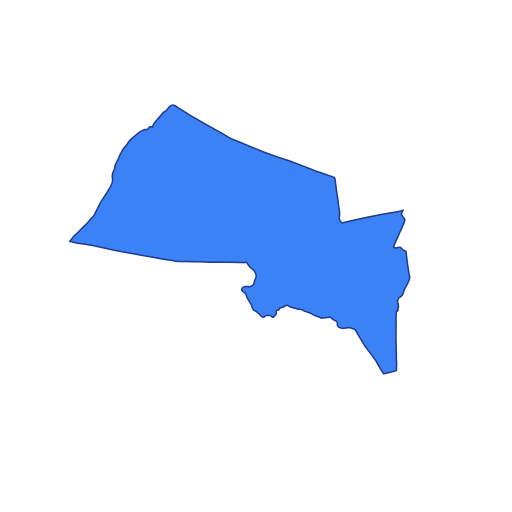 the district of Vinh Hung, Long An, Vietnam, rotated 327°
{"feature_id": "81297802B51272444346298", "entity_name": "Vinh Hung", "entity_type": "district", "adm_level": 2, "iso_a3": "VNM", "parent_name": "Vietnam", "parent_adm1": "Long An", "projection": "orthographic", "projection_center": [105.784, 10.881], "detail": "fine", "context": "isolated", "style": "filled", "palette": "blue", "viewbox_px": 512, "rotation_deg": 327, "n_neighbors": 0, "source": "geoboundaries", "source_scale": "gbopen_adm2", "svg_char_len": 6028}
<svg xmlns="http://www.w3.org/2000/svg" viewBox="0 0 512 512"><g transform="rotate(327 256 256)"><path d="M404.1,297.7L401.9,297.1L399.4,296.1L395.1,294.4L391.7,292.8L388.3,291.4L385.0,289.9L380.1,288.0L373.0,285.1L368.8,283.5L363.8,281.6L357.2,279.1L350.4,276.6L346.5,275.3L346.3,275.1L346.1,274.6L345.9,274.0L345.7,272.8L345.8,271.5L346.1,270.4L346.7,269.0L348.0,267.7L349.2,266.0L350.2,264.3L352.4,259.4L355.3,253.4L359.2,244.9L362.9,237.2L363.9,235.1L364.3,234.2L364.4,233.8L364.4,233.4L364.4,232.9L364.2,232.4L355.2,220.8L353.2,218.4L344.7,206.6L336.1,194.7L327.0,183.5L318.4,172.0L310.5,160.6L302.6,149.1L298.9,143.9L297.3,140.9L295.7,137.4L289.6,125.8L283.4,113.9L277.5,102.5L276.5,100.1L274.9,96.6L272.1,90.9L270.3,86.5L269.5,85.2L268.7,84.3L267.6,83.8L266.9,83.6L266.1,83.6L264.7,83.7L263.5,84.0L261.1,84.9L260.1,85.2L259.2,85.2L258.2,85.1L257.0,85.1L256.0,85.2L254.2,85.8L250.2,87.0L245.8,88.3L242.1,89.5L240.7,90.4L240.0,90.9L239.7,91.2L239.4,91.4L239.1,91.4L238.7,91.1L238.3,90.4L237.9,90.0L237.6,89.9L237.1,89.9L236.5,89.9L235.9,90.1L235.3,90.3L234.8,90.6L234.5,90.7L234.1,90.7L233.5,90.6L232.7,90.0L231.8,89.5L230.5,89.1L226.8,88.7L224.1,88.8L221.4,89.1L217.9,89.6L214.3,90.1L212.0,90.6L210.7,91.1L209.7,91.6L208.9,92.2L207.9,92.5L206.8,92.8L205.2,93.1L204.0,93.5L201.1,94.9L198.4,96.3L197.3,97.0L196.0,97.7L194.6,98.9L193.3,99.6L191.6,100.5L190.1,101.5L188.1,102.7L187.1,103.4L184.5,106.2L182.9,107.2L181.3,108.2L180.2,109.2L179.5,110.0L178.5,111.4L177.8,113.0L176.5,114.9L175.5,116.0L173.3,117.6L170.4,119.3L161.8,123.3L155.5,126.0L151.8,128.2L148.2,130.2L144.6,132.4L142.7,133.5L141.1,134.1L138.8,134.6L132.2,136.5L124.9,138.0L121.5,138.8L117.5,139.6L114.8,140.0L113.2,140.4L111.3,141.1L109.3,141.8L107.9,142.1L108.7,143.3L109.9,144.6L112.2,147.0L116.2,150.6L118.8,152.8L122.9,156.5L125.2,158.7L131.0,164.6L136.8,170.5L142.7,176.4L149.0,182.3L155.4,188.3L161.6,194.2L168.0,200.1L173.8,205.6L179.6,211.0L181.4,212.4L184.1,214.9L185.7,216.6L189.3,219.3L194.4,222.6L203.0,228.5L205.2,229.9L211.8,234.6L213.9,236.1L223.3,242.2L230.0,246.6L234.0,249.3L238.4,252.3L240.2,253.5L242.4,255.0L243.6,255.7L244.2,255.9L244.7,256.0L244.7,258.2L244.7,259.9L244.9,262.0L245.4,263.9L245.8,264.9L246.2,266.1L246.4,266.8L246.5,267.5L246.4,268.4L246.2,269.8L246.0,270.8L245.7,271.8L245.0,273.2L244.2,274.0L242.9,275.0L241.7,275.7L241.0,276.2L240.0,277.3L238.8,278.3L238.2,278.5L237.2,278.7L236.1,278.8L235.2,278.7L234.5,278.5L233.8,278.2L233.1,277.7L232.3,277.1L231.7,276.5L230.9,276.0L229.8,275.6L228.7,275.3L227.8,275.3L226.8,275.5L226.2,275.9L225.7,276.4L225.5,276.6L225.4,277.0L225.5,277.4L225.6,278.0L225.6,278.4L225.7,278.7L225.9,279.1L226.2,279.9L226.4,280.5L226.6,281.0L226.6,282.2L226.5,283.4L225.9,285.6L225.8,286.8L225.7,288.4L225.6,290.3L225.6,291.9L225.6,293.2L225.5,294.5L225.0,296.1L224.7,297.1L224.5,298.0L224.5,298.7L224.5,299.2L224.6,300.1L224.7,300.5L224.9,300.8L225.3,301.5L225.7,302.1L226.0,303.1L226.2,303.5L226.6,304.8L226.8,305.3L227.0,306.0L227.2,306.7L227.3,308.0L227.6,309.2L227.9,310.0L228.3,310.8L228.8,311.4L229.3,311.6L229.5,311.7L230.1,311.6L230.5,311.4L231.2,311.2L231.5,311.3L232.1,311.5L232.8,311.7L233.7,312.3L234.7,312.9L235.2,313.5L235.7,314.0L235.9,314.5L236.3,315.8L236.5,316.3L236.6,316.5L236.8,316.7L237.0,316.7L237.1,316.8L237.6,316.7L238.4,316.5L239.6,316.3L240.8,315.9L241.2,315.8L241.7,315.4L242.1,314.7L242.6,313.7L242.8,313.3L243.1,313.2L243.3,313.1L243.6,313.0L243.9,313.0L244.2,313.1L244.7,313.3L245.2,313.5L245.7,313.6L246.0,313.5L246.4,313.4L247.0,313.0L247.4,312.8L247.8,312.8L248.2,312.9L248.7,313.0L249.4,313.2L249.9,313.2L250.2,313.3L250.7,313.5L251.2,313.7L252.0,313.9L252.4,313.9L252.8,313.9L253.7,313.7L254.2,313.7L254.6,313.9L255.0,314.2L255.5,314.6L255.8,315.1L256.1,315.8L256.6,316.8L257.2,317.7L258.2,318.7L258.7,319.4L259.2,320.1L259.8,320.7L260.5,321.3L260.9,321.9L261.5,322.7L262.3,323.4L263.0,324.0L263.6,324.4L264.4,325.1L265.1,325.9L265.8,327.0L266.3,328.1L266.9,329.0L267.7,329.9L268.6,331.1L269.5,332.4L270.5,333.7L271.2,334.5L271.4,335.0L271.7,335.6L271.9,336.2L272.2,336.9L273.2,338.4L273.9,339.4L274.6,340.3L275.1,340.8L275.5,341.3L276.0,342.1L276.6,343.2L277.3,343.9L277.7,344.2L278.3,344.4L278.8,344.6L279.4,344.9L280.9,345.8L281.8,346.3L282.9,346.7L283.8,347.1L284.5,347.4L284.9,347.9L285.4,349.0L285.9,350.7L286.4,352.0L287.1,353.2L287.7,354.0L288.0,355.0L288.0,355.7L287.7,356.5L287.1,357.3L286.6,358.3L286.5,359.3L286.5,360.1L286.7,360.8L287.6,362.1L288.8,363.5L289.6,364.1L291.0,364.8L293.5,366.0L295.3,366.9L296.6,368.4L298.1,370.3L299.1,371.8L298.8,376.1L298.5,384.9L298.3,391.1L298.8,397.9L299.1,402.0L299.5,409.1L299.4,409.6L298.9,418.1L298.8,421.5L298.8,424.1L298.9,424.4L305.5,426.7L308.0,427.5L310.0,428.2L311.5,428.4L314.2,424.6L317.1,419.8L321.0,413.5L325.0,407.0L329.0,400.6L337.4,387.9L338.2,386.6L338.8,385.8L339.1,385.0L340.5,383.1L341.5,381.7L342.5,380.3L343.0,379.6L343.2,379.3L343.4,379.2L343.7,379.1L344.4,379.1L344.7,379.2L345.0,379.2L345.4,379.1L345.5,378.9L345.6,378.7L345.6,378.4L345.7,378.2L345.8,377.9L346.0,377.7L346.3,377.5L347.0,377.0L347.7,376.3L348.2,375.5L349.0,374.0L349.3,373.1L349.7,371.8L350.2,370.7L350.5,370.4L351.0,370.0L351.7,369.6L352.7,369.1L353.5,368.9L354.2,369.0L355.3,368.9L356.4,368.8L357.2,368.6L357.6,368.4L358.3,368.0L358.9,367.5L359.5,367.0L360.0,366.7L360.7,366.0L361.5,365.4L363.2,364.4L369.8,360.6L371.9,359.1L372.5,358.6L373.0,358.1L373.4,357.3L374.4,354.8L375.4,352.5L377.9,347.0L380.6,341.3L383.1,336.3L383.8,335.0L384.1,334.3L384.1,334.0L384.2,333.7L384.1,333.3L383.8,332.9L383.3,332.3L382.9,331.7L382.6,331.1L382.5,330.3L382.2,328.9L382.0,328.0L381.7,327.4L381.3,327.0L380.4,326.5L379.1,325.9L377.9,325.5L377.4,325.2L377.0,324.8L376.6,324.2L376.4,323.7L376.4,323.4L376.7,323.0L377.6,322.3L380.3,320.5L388.3,315.3L396.0,310.3L397.9,309.0L399.4,307.9L400.1,307.3L400.6,306.5L400.8,305.8L400.8,305.2L400.5,304.0L400.5,303.3L400.7,302.7L400.8,301.8L400.6,301.0L400.7,300.3L400.9,299.9L401.2,299.5L402.1,299.0L403.3,298.3L404.1,297.7Z" fill="#3b82f6" stroke="#1e3a8a" stroke-width="1.5"/></g></svg>